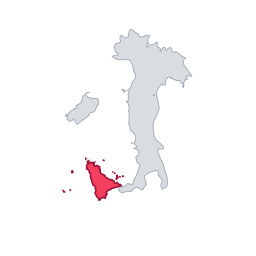 location of Sicilia, Enna, Italy, rotated 43°
{"feature_id": "23120603B91569774900330", "entity_name": "Sicilia", "entity_type": "district", "adm_level": 2, "iso_a3": "ITA", "parent_name": "Italy", "parent_adm1": "Enna", "projection": "albers", "projection_center": [13.963, 37.152], "detail": "fine", "context": "in_parent", "style": "filled", "palette": "rose", "viewbox_px": 256, "rotation_deg": 43, "n_neighbors": 0, "source": "geoboundaries", "source_scale": "gbopen_adm2", "svg_char_len": 8668}
<svg xmlns="http://www.w3.org/2000/svg" viewBox="0 0 256 256"><g transform="rotate(43 128 128)"><path d="M65.2,52.8L66.3,53.5L70.9,52.3L73.6,53.4L76.0,52.1L77.6,49.9L77.4,48.2L81.1,45.7L81.3,48.9L83.2,51.1L85.1,51.7L84.6,52.9L86.4,55.6L87.2,55.4L87.5,54.9L87.1,52.8L90.1,48.7L90.3,45.8L90.8,45.5L92.1,45.8L93.1,48.5L97.7,47.9L99.1,50.0L99.9,49.6L98.8,46.1L99.4,44.3L100.6,44.0L101.4,44.9L103.2,45.2L103.3,44.1L102.9,43.4L103.6,40.3L106.1,40.7L107.6,41.9L109.4,41.9L111.0,39.5L112.3,38.9L118.0,38.9L122.3,37.5L122.7,37.8L121.9,39.0L122.1,39.8L124.6,43.4L139.0,46.4L138.7,47.3L135.6,49.5L135.4,50.3L135.9,51.1L138.2,51.7L136.6,53.8L136.6,54.6L137.8,54.7L137.6,57.3L139.2,58.1L140.9,60.4L139.1,60.8L139.8,60.2L138.1,58.0L136.3,58.9L133.5,57.9L131.5,60.0L124.8,62.5L126.0,61.3L125.5,61.3L123.0,62.8L122.4,66.0L124.2,69.1L125.7,70.3L125.0,72.2L124.1,72.9L122.9,72.3L122.5,74.0L123.1,78.6L124.1,81.8L127.4,85.4L129.8,86.6L137.3,92.1L140.0,98.2L142.4,105.9L144.4,108.7L148.6,112.8L152.4,115.8L155.9,117.6L165.3,117.3L167.6,118.0L167.9,119.2L167.5,120.1L164.8,122.3L164.6,124.0L166.0,125.2L172.4,128.2L179.0,130.7L183.6,134.0L189.4,136.7L194.0,140.9L195.7,143.2L196.1,145.0L195.2,148.2L194.6,149.5L191.3,147.9L188.6,142.6L182.9,141.9L181.2,141.0L180.2,139.4L178.5,139.3L177.3,140.2L174.3,145.3L172.8,149.7L172.7,151.5L173.7,153.2L176.4,154.0L180.1,157.0L180.3,160.8L181.0,163.0L180.1,164.2L178.3,164.0L175.9,164.8L174.3,166.3L173.6,167.6L173.6,172.4L170.4,175.0L167.7,179.9L163.6,180.0L162.6,178.6L162.5,176.4L163.2,175.0L164.7,174.3L165.7,171.5L165.3,169.4L165.9,168.5L169.2,167.1L169.2,164.2L168.0,162.9L166.8,157.8L162.6,147.9L161.3,146.9L157.8,146.7L153.7,144.1L153.4,143.0L154.1,142.0L153.6,140.5L152.3,138.0L151.4,137.4L146.3,138.6L147.8,136.5L145.9,135.2L142.8,135.2L142.8,134.3L140.6,130.2L139.1,128.6L133.4,127.7L131.5,128.4L128.7,125.8L126.1,124.8L119.7,117.3L116.6,115.1L114.7,111.8L110.8,109.6L109.0,110.1L108.6,109.6L109.6,109.0L109.4,107.8L106.8,104.6L105.3,103.5L104.3,101.4L102.1,100.8L102.3,97.1L101.5,94.5L100.1,92.2L99.5,86.9L98.9,85.4L97.3,84.2L93.8,82.8L89.0,79.2L83.1,77.3L80.7,78.3L74.0,85.2L68.1,86.6L68.1,85.0L70.5,81.8L70.1,80.5L66.5,80.7L62.0,77.3L61.6,74.5L63.1,72.0L63.9,71.5L63.6,69.7L60.9,68.0L59.9,65.7L59.9,64.9L60.6,64.6L62.3,64.8L65.0,63.4L66.0,61.3L62.4,55.4L62.7,54.3L65.2,52.8ZM125.0,86.9L125.2,85.5L124.0,86.3L124.3,87.0L125.0,86.9ZM162.4,174.9L157.6,182.6L156.0,187.7L156.2,189.6L157.7,191.0L157.0,191.6L158.5,194.0L158.5,194.7L156.3,197.4L156.3,199.8L152.1,199.5L148.6,198.1L146.9,195.4L145.5,194.2L144.1,193.3L141.1,193.4L139.8,192.8L132.0,187.4L128.9,186.0L125.4,185.5L124.0,184.3L122.9,182.0L124.4,178.3L126.7,176.3L128.7,178.7L130.6,177.9L130.7,177.2L131.9,176.3L133.6,176.3L139.7,179.6L142.9,178.7L145.8,179.0L148.5,178.6L152.0,176.6L156.1,176.8L160.7,174.6L162.4,174.9ZM90.4,133.0L92.2,139.0L90.1,142.6L90.7,146.5L88.3,159.8L87.4,160.1L82.2,158.3L81.7,161.4L80.9,162.6L79.8,163.3L77.0,162.9L74.5,158.4L74.5,154.1L75.1,152.8L75.3,150.4L76.4,150.3L76.6,148.6L76.0,147.6L75.0,147.3L75.1,145.4L75.9,144.0L76.1,141.5L74.9,138.1L73.1,135.6L73.7,131.6L75.3,132.7L77.8,132.8L80.8,131.4L85.9,126.9L86.5,127.8L88.5,128.7L90.3,130.8L89.5,132.1L90.4,133.0ZM100.6,102.5L101.0,103.4L100.8,104.7L99.9,104.0L97.5,104.2L97.3,103.5L100.2,103.0L100.6,102.5ZM75.1,160.6L74.3,162.1L73.6,160.0L73.8,159.8L75.1,160.6ZM75.3,128.7L74.1,130.3L73.6,130.3L75.1,128.4L75.3,128.7ZM117.8,198.5L116.4,198.1L116.4,197.4L117.5,197.5L117.8,198.5ZM141.8,136.4L140.7,136.8L140.7,136.0L141.8,136.4Z" fill="#d9dde1" stroke="#a8b0b8" stroke-width="1"/><path d="M158.0,191.0L157.3,190.3L157.2,190.3L157.1,190.5L157.1,190.4L156.8,190.3L156.4,190.0L156.0,190.0L155.9,189.2L155.8,187.4L155.9,187.2L156.0,187.0L156.0,187.3L156.0,187.1L155.9,187.0L156.2,186.7L156.5,186.4L156.6,186.2L156.9,185.8L156.9,185.0L157.2,184.6L157.2,184.3L157.4,183.8L157.2,183.3L157.3,183.0L158.1,182.0L158.0,181.9L158.5,181.5L158.3,181.3L158.5,181.1L158.9,180.6L159.0,180.4L160.7,178.0L161.2,176.9L161.7,176.1L161.7,175.4L161.8,175.2L162.6,175.0L162.6,174.9L162.1,174.8L161.2,174.4L161.0,174.5L159.9,175.3L158.2,175.9L157.6,175.8L157.6,175.6L157.7,175.3L157.5,174.9L157.4,174.9L157.4,175.0L157.5,175.0L157.6,175.4L157.2,176.3L156.8,176.8L155.8,177.3L155.4,177.2L155.2,176.8L154.2,176.8L153.9,176.4L153.6,176.2L153.2,176.5L152.0,176.9L151.5,176.7L150.7,177.6L150.2,178.1L149.5,178.3L149.2,178.3L148.8,178.6L148.1,178.8L147.6,178.6L146.9,179.0L146.5,179.0L145.9,179.2L144.4,179.0L144.1,178.8L143.8,179.0L143.1,179.0L142.7,178.7L142.8,178.6L142.6,178.6L142.2,178.8L141.7,178.8L140.3,179.6L139.1,179.8L138.7,179.6L138.6,179.4L138.8,179.5L138.7,179.4L138.0,179.3L136.9,178.7L136.6,178.2L136.6,177.9L136.5,177.7L136.2,177.4L136.1,177.6L135.4,177.8L134.7,177.6L134.4,177.2L134.5,177.1L134.6,177.3L134.6,177.2L134.6,176.9L134.5,176.4L134.4,176.3L134.0,176.1L134.0,175.9L133.9,175.7L133.4,176.0L132.9,176.1L133.0,176.2L132.9,176.3L132.3,176.6L132.0,176.6L131.9,176.3L131.3,176.2L130.9,176.5L131.0,176.7L130.8,176.9L130.8,177.0L130.6,177.1L130.8,177.3L130.9,177.9L129.6,178.6L128.7,178.8L128.4,178.8L128.3,178.4L128.2,178.5L128.0,178.3L127.6,178.0L127.4,177.5L127.4,177.1L127.1,176.8L127.1,176.4L126.7,176.4L126.7,176.2L126.5,176.5L126.7,177.0L126.4,177.5L125.8,177.4L125.8,177.7L125.6,178.0L125.1,178.2L124.6,178.1L124.0,178.8L123.7,178.9L124.0,178.9L123.8,179.0L123.7,179.4L123.7,179.9L123.2,180.6L123.6,181.1L123.3,181.5L123.3,181.8L123.2,182.0L122.8,182.2L122.9,182.5L122.9,182.4L123.1,182.7L123.3,183.2L123.3,183.5L123.3,183.8L123.7,184.2L123.9,184.5L124.5,184.5L124.7,184.8L124.7,184.7L124.8,184.7L125.1,184.9L125.3,185.4L125.8,186.1L127.2,185.8L128.1,185.8L129.2,185.9L129.7,186.4L130.1,187.1L130.8,187.0L132.0,187.2L133.0,188.3L133.2,188.8L133.5,188.8L133.8,189.2L134.2,189.3L134.7,189.7L134.8,189.7L135.1,190.2L135.4,190.4L135.6,190.3L135.8,190.5L136.2,190.4L136.4,190.6L136.5,190.4L136.5,190.5L136.8,190.5L137.0,190.8L137.3,190.9L137.6,191.3L137.8,191.4L138.1,191.9L138.9,192.3L139.2,192.6L140.1,192.7L140.7,193.4L141.4,193.4L141.5,193.6L141.4,193.5L141.6,193.5L141.6,193.4L141.6,193.6L141.6,193.4L142.0,193.3L143.2,193.2L144.3,193.5L145.2,193.9L145.2,194.0L145.3,193.9L145.6,194.1L145.4,194.5L145.7,194.2L146.0,194.4L147.1,195.7L147.6,196.5L147.9,197.0L148.1,197.9L148.5,198.3L149.2,198.4L149.3,198.4L150.2,198.6L151.1,199.4L151.7,199.3L152.1,199.6L152.6,199.4L152.7,199.5L152.8,199.5L152.7,199.4L152.8,199.4L153.5,199.2L154.3,199.7L154.8,199.7L155.2,199.6L155.5,199.8L155.6,200.2L155.8,200.3L155.9,200.5L156.3,200.1L156.5,200.1L156.6,199.8L156.4,199.6L156.4,198.9L156.2,198.8L156.0,198.4L156.0,198.0L156.2,197.8L156.2,197.5L156.2,197.3L156.6,197.0L156.8,196.2L157.0,196.1L157.2,195.7L157.5,195.6L157.4,195.4L158.1,195.3L158.0,195.2L158.2,194.8L158.6,194.6L158.7,194.8L159.0,194.8L158.7,194.2L158.4,194.3L158.3,194.2L158.2,194.0L158.3,193.8L158.5,193.8L158.5,194.0L158.5,193.9L158.4,193.8L158.6,193.6L158.5,193.2L158.1,193.2L157.8,193.1L157.6,192.9L157.5,192.6L157.9,192.6L157.7,192.4L157.6,192.5L157.4,192.5L157.3,192.2L157.5,192.1L157.3,192.2L157.1,191.8L157.1,191.5L157.2,191.3L157.1,191.2L157.4,191.0L157.5,191.2L157.5,191.4L157.6,191.5L157.6,191.1L157.9,191.2L158.0,191.0ZM116.6,197.2L116.4,197.3L116.3,197.6L116.3,197.8L116.6,198.1L116.6,198.3L116.8,198.4L116.9,198.7L117.2,198.9L117.5,198.9L117.8,198.6L117.9,198.2L117.8,197.9L117.4,197.5L117.2,197.5L116.6,197.2ZM154.1,171.0L153.5,171.1L153.3,171.6L153.5,171.9L153.8,172.0L153.9,172.3L154.0,172.3L154.1,172.1L154.0,171.8L154.3,171.6L154.1,171.5L154.1,171.0ZM152.9,170.1L152.2,170.1L152.0,170.4L152.7,170.8L153.0,170.8L152.9,170.6L153.0,170.4L152.9,170.1ZM154.1,172.4L154.0,172.7L153.9,172.7L153.8,172.9L154.0,173.2L154.3,173.4L154.6,173.4L154.5,173.0L154.4,172.8L154.1,172.7L154.1,172.4ZM121.4,179.8L120.9,180.1L121.1,180.4L121.7,180.4L121.9,180.6L122.1,180.6L122.1,180.3L121.8,180.1L121.6,180.2L121.4,179.8ZM123.6,217.9L123.4,218.0L124.0,218.2L124.4,218.4L124.5,218.3L124.5,218.5L124.8,218.5L124.9,218.4L124.7,218.3L124.9,218.1L123.6,217.9ZM157.2,166.5L156.8,166.7L156.9,167.0L157.1,167.1L157.3,167.0L157.5,166.6L157.2,166.5ZM118.4,179.2L117.9,179.2L118.1,179.5L118.7,179.9L118.4,179.4L118.4,179.2ZM149.1,170.1L148.9,170.2L149.1,170.5L149.6,170.5L149.4,170.4L149.4,170.2L149.1,170.1ZM132.3,168.0L132.0,168.1L131.9,168.4L132.2,168.4L132.5,168.1L132.3,168.0ZM123.2,180.6L122.8,180.8L123.1,181.6L123.1,181.1L123.1,180.8L123.2,180.6ZM121.7,178.8L121.6,179.0L121.7,179.3L121.9,179.3L121.7,178.8ZM128.0,212.5L127.8,212.5L127.7,212.6L127.8,212.8L128.1,212.9L128.0,212.5ZM146.7,170.6L146.5,170.9L146.8,170.7L146.7,170.6ZM155.5,169.1L155.3,169.1L155.2,169.4L155.5,169.3L155.5,169.1Z" fill="#f43f5e" stroke="#9f1239" stroke-width="1.5"/></g></svg>